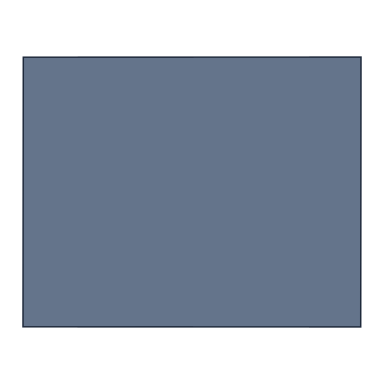 outline of Chickasaw, Iowa, United States of America
{"feature_id": "52423323B57117017215517", "entity_name": "Chickasaw", "entity_type": "district", "adm_level": 2, "iso_a3": "USA", "parent_name": "United States of America", "parent_adm1": "Iowa", "projection": "robinson", "projection_center": [-92.239, 43.06], "detail": "fine", "context": "isolated", "style": "filled", "palette": "slate", "viewbox_px": 384, "rotation_deg": 0, "n_neighbors": 0, "source": "geoboundaries", "source_scale": "gbopen_adm2", "svg_char_len": 200}
<svg xmlns="http://www.w3.org/2000/svg" viewBox="0 0 384 384"><path d="M360.9,171.9L361.0,57.1L23.3,57.2L23.0,326.8L360.7,326.9L360.9,171.9Z" fill="#64748b" stroke="#1e293b" stroke-width="1.5"/></svg>